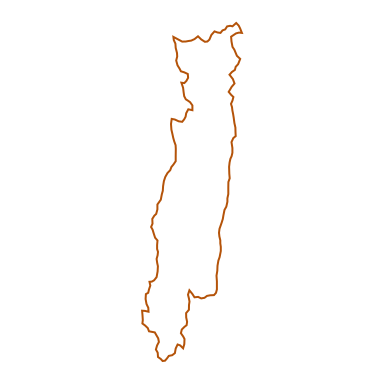 Jiquiriçá, Bahia, Brazil
{"feature_id": "56859067B22249438969819", "entity_name": "Jiquiriçá", "entity_type": "district", "adm_level": 2, "iso_a3": "BRA", "parent_name": "Brazil", "parent_adm1": "Bahia", "projection": "equal_earth", "projection_center": [-39.586, -13.327], "detail": "fine", "context": "isolated", "style": "outline", "palette": "amber", "viewbox_px": 384, "rotation_deg": 0, "n_neighbors": 0, "source": "geoboundaries", "source_scale": "gbopen_adm2", "svg_char_len": 2764}
<svg xmlns="http://www.w3.org/2000/svg" viewBox="0 0 384 384"><path d="M241.9,32.9L240.1,28.4L238.7,25.6L236.2,23.0L232.5,26.3L230.1,25.8L227.1,26.4L225.2,29.4L222.5,30.4L220.5,32.9L217.6,32.5L214.5,31.4L211.4,34.9L209.4,39.6L207.4,41.5L204.9,41.8L201.2,39.4L198.0,36.3L194.5,39.1L191.2,40.6L188.5,41.0L185.8,41.5L182.2,41.6L173.4,36.9L173.8,40.1L175.4,43.6L175.7,47.9L177.0,53.0L177.2,56.5L176.2,60.5L177.5,65.3L179.6,68.7L180.9,71.3L184.2,72.3L187.8,74.0L188.1,77.8L186.4,80.9L184.3,83.1L181.4,82.7L183.1,87.8L183.6,92.1L184.2,96.2L185.8,99.3L188.0,100.7L190.1,102.2L192.4,105.4L192.4,110.2L188.3,109.3L186.2,113.2L185.6,116.7L184.2,119.3L182.2,121.8L178.7,121.3L174.8,119.5L171.7,118.9L171.0,124.0L171.4,129.6L172.5,134.4L173.2,137.7L174.2,141.3L175.6,145.2L175.8,148.9L175.7,156.2L175.7,161.2L173.3,164.7L171.4,167.0L170.2,170.2L167.5,173.0L165.3,176.9L163.9,181.1L163.1,186.1L162.8,190.8L161.8,194.4L160.8,199.7L157.4,204.5L157.4,209.4L156.2,213.9L154.3,215.7L152.3,218.9L152.5,223.7L151.1,227.0L152.6,229.7L153.8,233.7L155.1,237.7L157.5,240.5L157.1,245.1L157.1,249.0L158.0,251.9L157.6,255.3L156.6,258.9L157.2,263.0L157.9,266.2L157.6,271.5L156.6,277.1L154.1,280.3L151.8,281.6L149.5,281.8L150.3,285.6L149.0,289.4L148.2,292.8L145.9,294.1L145.6,299.0L146.5,304.0L148.3,307.8L148.5,311.7L144.9,310.9L142.1,310.7L142.5,315.3L142.8,320.1L142.4,323.5L145.1,325.5L147.8,328.1L149.0,331.3L151.6,331.8L154.8,332.4L156.5,335.4L158.2,338.3L158.9,342.0L157.1,345.4L155.9,349.5L157.7,352.7L158.0,357.0L160.8,359.0L162.6,361.0L165.0,360.7L167.0,358.4L168.8,355.9L172.2,355.2L174.9,353.1L175.7,348.5L177.6,344.5L180.2,345.4L183.1,348.3L184.3,344.1L184.5,339.0L183.2,336.5L180.9,333.2L181.8,329.5L184.5,326.8L186.6,325.2L187.1,321.8L186.2,317.5L186.1,313.1L188.9,309.8L189.0,304.9L189.5,301.6L188.9,298.3L188.0,294.7L189.4,290.3L192.4,294.0L194.5,297.3L198.1,296.9L201.2,298.4L204.5,297.8L207.0,295.9L210.1,295.3L214.0,295.1L216.0,292.8L216.9,289.4L216.9,285.2L216.9,281.4L216.5,275.7L217.3,270.8L217.5,265.8L218.4,260.5L219.6,257.2L220.8,251.0L220.8,246.8L220.3,243.4L220.3,240.3L219.4,236.5L219.0,232.8L219.5,228.8L220.7,225.4L221.7,222.5L222.8,219.0L223.4,215.4L224.5,209.9L226.3,206.7L227.4,201.8L227.4,198.3L228.3,194.1L228.3,190.5L228.3,187.2L228.4,182.0L229.7,178.3L229.3,173.8L229.1,166.8L229.6,162.4L230.4,158.8L231.6,156.2L232.4,152.8L232.4,148.0L231.5,142.1L233.3,138.1L235.7,136.1L235.5,132.2L235.4,127.6L234.4,123.0L233.7,117.7L233.1,114.0L232.4,110.5L232.0,107.1L231.0,103.9L232.5,100.5L233.4,97.0L231.1,94.8L228.7,91.9L231.7,86.8L234.5,83.5L232.9,79.1L229.5,74.7L231.9,72.0L234.9,69.9L235.7,66.8L238.1,64.2L240.2,58.9L236.9,55.8L234.3,49.6L232.5,46.9L231.5,41.5L231.1,36.7L236.0,33.4L239.0,32.6L241.9,32.9Z" fill="none" stroke="#b45309" stroke-width="2"/></svg>